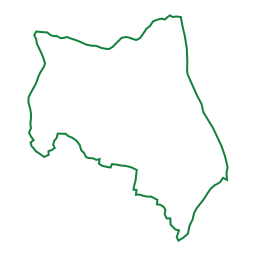 the district of Orindiúva, São Paulo, Brazil
{"feature_id": "56859067B43137083464707", "entity_name": "Orindiúva", "entity_type": "district", "adm_level": 2, "iso_a3": "BRA", "parent_name": "Brazil", "parent_adm1": "São Paulo", "projection": "robinson", "projection_center": [-49.369, -20.214], "detail": "fine", "context": "isolated", "style": "outline", "palette": "green", "viewbox_px": 256, "rotation_deg": 0, "n_neighbors": 0, "source": "geoboundaries", "source_scale": "gbopen_adm2", "svg_char_len": 1882}
<svg xmlns="http://www.w3.org/2000/svg" viewBox="0 0 256 256"><path d="M221.4,145.8L213.0,128.0L203.5,112.4L202.4,108.2L201.6,104.1L196.6,94.6L187.7,74.5L187.1,71.2L187.3,61.3L186.8,48.4L185.7,41.5L184.8,36.0L182.5,26.2L180.8,17.0L176.4,16.5L172.5,17.0L170.0,15.4L167.6,17.0L165.0,19.5L161.5,18.6L157.6,19.6L152.9,21.5L150.2,25.8L146.5,28.7L143.0,34.0L139.9,38.2L136.2,40.0L132.0,38.7L129.2,37.6L125.9,37.0L121.6,37.8L118.6,40.9L115.1,44.3L112.8,46.8L109.2,49.0L105.8,48.8L101.3,47.9L96.3,45.9L90.9,45.6L86.6,44.7L83.1,43.2L79.0,41.3L74.3,39.6L70.0,38.2L67.2,37.0L64.0,37.8L60.8,38.2L56.7,36.0L53.6,36.1L50.8,35.2L47.1,32.4L43.0,32.2L36.3,31.5L34.2,35.2L36.2,39.1L36.8,43.6L38.8,47.7L42.9,56.5L45.0,63.3L44.0,66.6L40.0,73.0L37.9,77.9L36.8,81.3L35.6,84.2L33.5,87.9L31.2,92.1L28.6,97.2L28.4,102.4L30.2,108.8L31.0,113.8L30.9,119.0L30.4,123.3L30.9,128.4L29.0,132.7L30.9,136.4L33.6,140.1L30.5,142.6L31.7,146.3L33.8,148.5L35.9,151.3L39.3,153.5L44.1,156.9L48.6,155.0L48.5,151.1L51.3,150.3L54.7,148.0L53.2,144.6L54.1,141.1L56.6,137.9L57.7,133.7L62.2,133.7L65.7,133.8L67.9,135.9L72.0,137.6L76.2,140.4L79.6,144.7L81.2,150.1L84.0,152.9L86.1,157.1L88.9,158.1L93.0,158.3L96.3,159.9L99.6,159.1L98.9,163.7L102.0,165.7L106.5,166.8L110.6,167.5L111.9,164.1L116.4,164.6L121.1,165.5L126.1,166.0L131.5,167.4L136.8,170.0L136.2,174.9L135.5,180.9L134.3,185.1L133.5,189.6L136.5,190.0L135.9,194.8L138.9,194.5L142.6,195.6L146.9,196.6L151.3,196.6L157.5,200.0L156.9,204.3L160.5,204.9L163.6,206.8L165.4,209.7L164.7,214.4L166.7,218.4L170.3,218.4L170.6,224.6L175.3,229.4L179.0,230.4L176.7,237.1L178.4,240.6L183.3,237.7L188.0,233.6L189.2,227.0L190.8,223.0L192.6,219.6L194.1,213.1L196.6,208.3L198.8,205.6L201.1,202.6L203.9,199.1L207.4,193.5L210.7,188.7L214.4,185.5L220.0,182.3L223.1,177.8L227.0,179.9L226.5,172.2L227.6,167.5L226.2,161.1L224.7,155.3L221.4,145.8Z" fill="none" stroke="#15803d" stroke-width="2"/></svg>